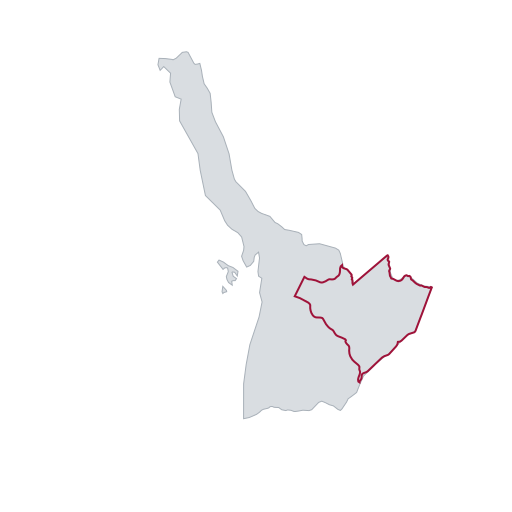 where Gash Barka sits in Eritrea, rotated 207°
{"feature_id": "ERI-1560", "entity_name": "Gash Barka", "entity_type": "Region", "adm_level": 1, "iso_a3": "ERI", "parent_name": "Eritrea", "parent_adm1": "", "projection": "orthographic", "projection_center": [37.465, 15.27], "detail": "fine", "context": "in_parent", "style": "outline", "palette": "rose", "viewbox_px": 512, "rotation_deg": 207, "n_neighbors": 0, "source": "natural_earth", "source_scale": "10m", "svg_char_len": 5044}
<svg xmlns="http://www.w3.org/2000/svg" viewBox="0 0 512 512"><g transform="rotate(207 256 256)"><path d="M85.0,308.1L83.4,292.6L82.3,282.2L81.1,271.2L80.1,260.8L85.1,254.4L87.4,248.4L93.4,228.7L95.8,224.8L100.4,214.2L101.1,211.2L105.7,197.9L105.3,189.1L104.4,180.1L106.9,174.8L109.1,170.6L109.0,167.0L110.0,158.7L110.7,156.7L113.4,156.5L119.0,157.6L123.1,156.8L127.9,156.8L131.5,156.5L133.7,154.0L136.6,144.3L138.6,142.3L140.0,141.7L144.2,139.9L147.8,137.1L150.7,135.1L151.8,134.7L154.8,134.4L157.9,133.2L159.3,131.8L163.2,130.7L167.0,131.3L169.6,130.1L171.3,129.4L173.2,129.3L175.0,128.2L175.7,126.4L176.8,125.3L179.8,122.8L181.1,121.0L181.7,119.1L182.3,117.7L183.6,115.2L188.7,109.0L193.2,105.4L209.0,136.5L215.5,154.9L221.2,174.2L225.6,203.1L229.7,217.8L236.2,225.0L240.7,238.8L244.5,239.2L247.2,243.0L252.0,255.9L255.5,260.6L257.2,256.5L257.0,254.1L255.6,250.2L256.8,245.0L259.3,241.9L265.4,246.0L268.7,249.2L269.6,255.5L271.0,259.0L277.4,266.4L282.7,268.5L289.5,268.9L295.3,270.5L299.9,273.2L308.7,280.6L328.5,286.9L344.6,307.0L354.2,320.9L385.4,341.7L390.9,351.8L393.9,361.8L400.3,361.2L411.7,371.9L415.1,380.1L424.2,382.9L425.7,377.9L430.2,381.9L432.1,388.1L426.3,390.8L419.9,393.1L419.0,393.1L416.9,396.0L414.1,404.0L410.7,406.4L409.0,406.6L398.8,399.5L397.2,399.1L395.1,400.6L393.5,402.1L388.8,396.6L385.3,391.7L380.4,385.9L375.7,383.4L370.7,380.1L365.7,372.5L360.6,364.0L353.1,357.2L339.2,347.4L326.4,334.8L316.5,321.6L310.2,314.7L307.6,313.0L294.7,308.8L285.6,302.9L278.7,297.9L274.4,296.6L270.3,296.5L261.6,297.6L254.3,294.5L251.2,294.6L246.3,293.7L242.5,292.6L238.0,294.0L228.8,296.3L225.1,295.9L223.0,292.7L221.7,290.3L218.5,287.9L215.9,287.9L214.4,290.1L204.9,295.8L188.8,299.1L184.9,298.8L182.1,296.6L173.9,286.9L171.6,285.4L169.7,285.2L166.0,284.1L162.4,282.2L159.3,278.3L156.2,276.0L152.9,283.8L147.0,297.4L143.9,304.7L139.9,314.1L138.6,314.4L136.5,313.7L128.5,302.0L123.4,297.6L119.6,298.0L116.9,300.2L115.1,304.1L113.2,306.5L111.2,307.4L106.8,306.9L100.1,305.1L93.1,305.4L85.9,308.1L85.0,308.1ZM273.6,229.5L275.8,232.4L277.3,232.1L278.5,231.1L279.3,229.1L287.6,233.0L287.1,235.6L282.2,235.8L276.5,234.8L271.3,235.3L265.1,234.2L263.6,229.7L267.6,231.8L269.6,231.2L270.0,230.6L267.1,227.6L263.1,227.0L263.4,224.6L265.1,223.7L266.2,222.5L263.9,219.2L268.4,219.9L271.2,221.9L273.1,224.2L273.6,229.5ZM270.0,208.7L271.8,213.9L266.7,211.9L265.9,210.9L268.1,208.8L268.5,207.5L270.0,208.7Z" fill="#d9dde1" stroke="#a8b0b8" stroke-width="1"/><path d="M85.1,307.8L84.0,297.8L83.2,291.1L82.4,284.3L81.8,279.1L81.5,276.1L80.5,267.0L79.9,261.9L80.0,260.7L80.4,259.8L84.3,256.0L85.2,254.5L87.9,246.7L88.9,245.0L90.6,243.9L89.9,241.5L90.1,239.2L92.9,228.9L93.6,227.7L96.2,225.0L97.6,222.7L100.1,215.6L102.5,208.8L104.2,203.9L105.1,202.5L107.2,200.2L107.8,198.9L107.6,197.7L106.7,195.5L106.4,194.4L106.5,193.2L106.7,192.3L106.7,191.3L106.4,190.4L107.8,190.6L108.9,192.1L109.3,193.3L109.6,194.7L109.9,197.7L110.3,199.1L110.6,199.9L111.0,200.4L111.4,200.8L111.8,201.2L112.3,201.6L112.7,202.3L113.4,203.9L113.8,204.5L114.5,204.9L115.7,205.4L120.5,206.5L123.2,207.4L126.4,209.4L128.4,211.4L130.0,213.9L131.0,216.2L131.8,217.4L132.8,218.2L134.6,218.7L136.2,219.4L137.2,220.1L137.6,220.6L137.7,221.1L137.6,221.6L138.0,222.0L138.8,222.3L142.6,222.2L146.2,221.8L147.7,221.8L149.1,222.1L151.0,223.1L152.5,224.1L153.6,224.7L154.7,224.9L156.6,225.0L157.9,225.2L159.6,225.7L162.6,227.0L167.7,230.4L168.7,230.8L170.0,230.6L171.1,230.2L174.0,228.8L175.3,228.4L176.7,228.4L178.4,228.9L180.9,230.5L182.6,232.2L184.0,234.1L185.4,236.9L186.5,237.7L188.3,238.2L197.8,238.4L203.2,237.7L203.4,259.4L199.9,259.0L198.2,259.3L196.1,260.2L191.6,261.4L186.9,261.7L186.2,261.9L185.4,262.2L184.5,262.8L182.5,265.1L181.3,267.1L180.6,268.1L179.9,268.7L177.9,269.5L176.7,270.2L175.8,271.0L175.3,271.7L174.6,273.9L173.6,275.9L173.4,276.9L173.5,278.1L173.9,279.7L175.5,283.3L175.8,285.3L175.2,286.8L174.8,286.0L174.3,285.3L173.5,285.0L172.3,284.9L169.3,285.4L168.3,285.3L162.6,282.9L162.2,282.6L161.9,282.0L161.9,281.6L161.8,281.1L161.2,280.8L160.7,280.7L160.4,280.4L160.3,280.0L160.1,279.6L160.1,278.9L160.1,278.7L159.9,278.5L159.4,278.4L159.1,278.3L158.1,276.3L157.5,275.3L156.6,274.5L154.5,279.7L151.1,287.9L147.7,296.1L144.4,304.0L141.4,311.3L139.5,315.8L139.0,316.4L138.0,315.8L137.5,315.2L137.2,314.3L137.2,312.9L137.0,312.4L136.6,312.0L136.1,311.7L135.5,311.6L134.8,311.4L134.5,310.7L134.3,309.4L133.9,308.4L133.6,308.1L131.5,306.3L130.8,305.8L130.6,305.2L130.7,304.0L130.6,303.2L130.4,302.8L129.6,302.0L127.6,299.1L126.6,298.5L125.3,297.4L124.6,297.5L123.5,297.9L119.6,297.8L117.8,298.2L116.3,299.4L115.5,300.5L115.1,301.6L114.9,302.7L114.8,304.0L114.7,305.1L114.3,306.0L113.7,306.7L113.1,307.2L112.7,307.2L111.7,307.1L111.3,307.1L110.5,307.8L110.2,307.9L109.7,307.8L109.2,307.7L108.8,307.5L108.4,307.1L107.4,305.8L107.1,305.6L105.4,305.4L102.0,304.4L100.3,304.1L96.7,304.1L96.2,304.2L95.4,304.8L94.9,304.9L92.6,304.9L91.5,305.0L89.9,305.8L89.2,306.0L88.0,306.0L87.2,306.2L86.5,306.8L86.1,307.8L85.1,307.8Z" fill="none" stroke="#9f1239" stroke-width="2"/></g></svg>